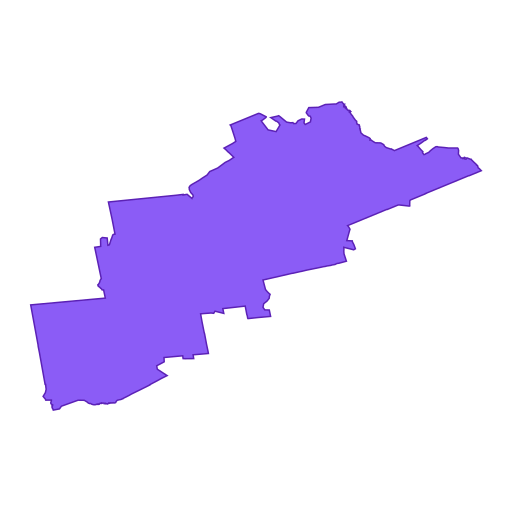 the district of Kalna pag., Jekabpils, Latvia
{"feature_id": "27541924B87645063138183", "entity_name": "Kalna pag.", "entity_type": "district", "adm_level": 2, "iso_a3": "LVA", "parent_name": "Latvia", "parent_adm1": "Jekabpils", "projection": "robinson", "projection_center": [25.845, 56.324], "detail": "fine", "context": "isolated", "style": "filled", "palette": "violet", "viewbox_px": 512, "rotation_deg": 0, "n_neighbors": 0, "source": "geoboundaries", "source_scale": "gbopen_adm2", "svg_char_len": 5795}
<svg xmlns="http://www.w3.org/2000/svg" viewBox="0 0 512 512"><path d="M53.3,410.1L59.5,408.9L61.4,406.2L78.1,400.2L84.3,400.3L87.4,402.2L88.2,403.0L89.7,403.6L90.6,403.5L91.5,404.1L92.6,404.5L94.1,404.8L95.0,404.7L95.4,404.6L95.7,404.7L96.1,404.5L96.5,404.4L96.9,404.1L97.4,404.3L97.7,404.1L97.9,404.1L98.1,403.9L98.7,404.2L98.8,404.3L98.7,404.4L98.8,404.4L99.3,404.2L99.5,404.0L99.5,403.7L100.1,403.4L100.2,403.2L100.6,403.2L101.0,403.4L101.1,403.2L101.6,402.9L101.9,403.2L102.0,403.3L102.5,403.1L103.2,403.1L104.2,403.2L104.5,403.3L104.4,403.7L104.6,403.7L105.1,403.6L105.4,403.4L105.6,403.8L106.4,403.6L106.7,403.8L107.0,404.0L107.4,404.0L107.4,403.8L107.5,403.8L108.0,403.6L108.4,403.4L108.8,403.5L109.1,403.3L109.1,403.0L109.4,403.1L109.5,403.0L109.9,403.2L110.3,402.9L110.6,402.8L110.8,403.0L111.2,402.9L111.5,403.0L111.6,402.9L111.9,402.8L112.8,403.0L113.1,402.7L113.3,402.7L113.7,402.9L114.9,402.9L115.7,402.5L116.2,401.4L117.0,400.5L117.5,400.2L120.1,399.6L120.6,399.6L122.6,398.8L122.5,398.7L129.1,395.4L131.3,394.1L140.1,389.8L149.9,384.9L149.8,384.7L161.7,378.3L167.1,375.6L157.3,369.2L156.7,365.8L164.2,361.8L164.0,357.5L182.7,355.8L183.1,358.6L185.0,358.7L193.7,358.6L193.1,354.8L208.4,353.5L208.0,351.2L206.5,344.1L204.6,333.9L204.1,332.2L202.0,321.7L200.6,313.8L211.1,313.0L213.7,313.3L215.0,311.2L223.8,313.4L222.8,308.6L245.2,306.1L246.9,314.9L247.2,315.4L247.7,318.2L248.0,318.6L257.3,317.6L270.6,316.4L269.3,310.0L264.8,309.9L263.0,307.3L263.7,303.7L267.0,301.1L269.2,298.3L269.4,296.3L270.1,294.3L269.1,293.5L267.2,291.6L265.5,289.5L263.0,280.0L291.7,273.4L293.2,273.2L300.2,271.6L301.4,271.4L306.8,270.1L319.2,267.6L323.8,266.6L325.0,266.5L326.8,266.0L330.9,265.4L331.9,265.0L335.0,264.5L336.9,263.5L339.2,263.2L339.5,263.0L340.2,262.9L346.4,261.2L344.0,253.8L343.8,251.2L343.9,249.5L343.8,247.3L353.7,249.8L355.4,248.8L353.9,244.7L352.4,241.8L352.3,240.9L346.8,240.6L349.4,231.2L350.0,229.2L348.4,226.5L347.6,225.6L386.6,209.5L387.2,209.5L397.9,205.1L398.4,205.0L399.5,205.0L409.3,206.1L409.8,205.9L409.7,204.9L409.8,200.9L409.9,200.6L410.1,200.3L410.8,199.8L424.9,194.0L425.9,193.5L425.8,193.4L468.7,175.7L469.2,175.7L481.3,170.7L479.2,168.5L478.3,168.0L477.7,166.4L477.8,166.1L477.2,165.3L476.9,165.3L476.5,165.1L476.4,164.8L476.4,164.5L473.7,162.0L471.0,159.3L471.0,159.2L470.3,159.2L468.9,158.6L467.0,157.9L466.4,158.1L466.2,159.0L465.6,159.1L464.6,158.9L464.4,158.7L464.3,158.3L464.4,158.0L464.9,157.5L464.6,157.3L464.2,157.4L464.0,157.6L463.6,158.1L463.5,158.5L462.8,158.6L462.7,158.4L462.6,158.0L461.9,157.9L461.0,157.9L458.4,154.2L458.6,150.4L458.1,148.6L457.6,148.0L448.4,148.0L444.1,147.5L438.3,147.0L437.1,146.6L435.7,146.8L433.0,148.6L430.4,150.7L428.7,152.4L425.6,153.8L425.1,154.3L423.9,154.6L422.5,152.7L422.9,151.7L420.8,149.6L417.9,146.2L417.2,145.6L420.9,143.2L425.1,140.1L425.4,140.3L427.4,138.8L426.3,137.4L394.4,150.6L391.8,149.2L391.8,149.3L389.1,148.5L386.3,147.6L384.7,146.4L383.9,145.2L383.8,144.7L381.1,143.1L380.2,142.9L375.3,142.8L372.2,140.9L371.2,140.0L370.0,140.1L370.2,138.6L369.0,137.7L365.3,135.9L363.5,135.2L360.8,132.7L360.6,131.1L360.1,129.8L360.3,129.0L359.7,128.7L359.8,128.1L359.7,126.4L359.4,126.1L359.4,125.3L359.3,124.9L358.8,124.8L357.0,124.0L357.0,123.5L356.6,122.8L356.7,122.3L356.7,121.3L355.4,120.2L354.5,118.9L353.3,117.3L352.6,116.0L351.1,114.2L350.3,112.9L349.6,112.3L350.0,112.2L350.7,111.6L350.3,111.4L350.2,111.2L349.7,110.7L349.2,110.8L349.1,110.6L349.4,110.4L348.8,110.2L348.5,110.5L348.2,110.5L347.2,109.7L347.1,109.3L346.6,109.0L346.8,108.9L346.8,108.6L346.3,108.1L346.3,107.8L345.8,107.7L345.5,107.9L345.1,107.8L345.0,107.6L345.0,107.4L345.2,107.2L345.8,107.1L346.0,106.9L345.6,106.4L345.0,106.2L344.3,106.2L344.2,106.2L344.1,106.6L343.7,106.7L343.7,106.3L343.8,105.8L344.4,105.3L344.2,105.1L344.9,104.9L343.9,104.7L344.0,104.5L344.4,104.2L343.5,104.0L343.3,103.6L342.6,102.9L341.9,101.9L341.5,102.1L339.1,102.2L336.2,104.0L334.5,104.0L325.3,104.5L318.5,107.3L308.8,107.6L306.3,112.3L306.3,112.8L308.1,115.3L308.8,116.0L310.2,116.2L311.1,118.2L310.4,121.9L305.2,124.5L304.0,122.9L304.5,119.1L301.7,119.0L298.0,120.8L296.0,123.5L293.6,123.6L292.9,122.6L290.7,122.8L286.6,122.1L280.2,116.8L278.7,115.7L277.5,116.1L270.8,117.6L275.8,121.1L276.6,121.2L278.7,122.8L279.1,123.6L279.3,124.2L280.0,125.0L276.1,131.6L268.1,129.9L261.9,121.8L261.2,120.8L262.5,120.1L265.4,117.9L266.1,117.3L266.2,116.8L260.4,113.8L259.5,113.5L258.5,113.5L258.4,113.4L257.9,113.6L230.2,125.0L230.9,125.7L232.1,129.3L235.0,138.3L235.8,141.4L232.4,143.6L224.0,148.1L226.3,150.1L227.8,151.7L229.4,153.0L233.8,157.3L229.1,160.5L227.6,161.2L225.2,162.4L217.7,168.0L213.9,169.7L209.8,171.5L207.0,175.1L202.3,178.1L199.3,180.2L192.0,184.4L190.4,185.5L189.7,186.3L189.1,187.4L189.2,187.5L189.2,187.8L189.3,189.4L189.5,190.0L190.7,192.5L192.7,194.7L192.9,195.0L193.1,195.6L193.2,196.3L193.1,196.7L192.0,198.0L191.9,198.4L187.1,194.3L183.1,195.0L183.1,194.4L176.6,195.2L108.4,202.0L112.1,219.2L115.0,234.1L113.4,234.4L113.1,234.6L112.7,235.1L111.3,239.3L111.1,239.3L109.6,244.2L109.3,244.7L109.1,245.0L107.9,245.3L107.2,238.0L102.3,237.5L100.5,239.0L100.7,246.4L94.7,247.3L96.2,254.4L101.3,278.7L100.9,279.0L100.0,280.7L99.9,281.5L99.7,281.9L99.6,282.3L99.3,283.0L98.4,284.4L98.2,284.5L98.1,285.0L97.9,285.0L98.0,285.7L98.3,285.9L98.3,286.2L100.1,287.6L100.7,288.4L101.1,288.5L101.6,289.0L101.8,289.4L101.9,289.7L102.1,289.9L103.6,289.9L105.3,298.1L30.7,304.9L37.7,343.0L38.0,344.5L38.2,346.5L39.4,352.5L45.1,384.4L45.6,384.4L46.0,388.3L46.2,389.0L45.4,392.6L43.1,396.4L45.6,399.4L45.6,399.9L45.8,400.2L47.1,400.1L51.4,400.1L51.4,400.6L50.8,402.6L50.9,403.3L50.9,403.6L51.0,403.8L52.2,404.6L52.7,405.0L52.0,405.6L51.9,405.9L52.0,406.1L52.3,406.3L52.0,407.1L52.6,408.7L53.2,409.5L53.3,410.1Z" fill="#8b5cf6" stroke="#5b21b6" stroke-width="1.5"/></svg>